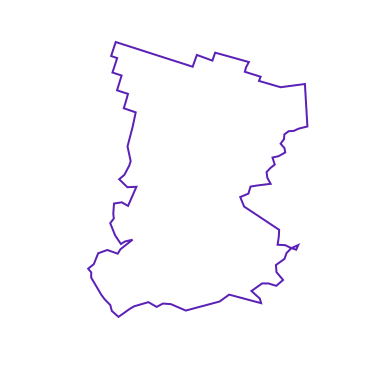 outline of Faxinal do Soturno, Rio Grande do Sul, Brazil, rotated 287°
{"feature_id": "56859067B83902745651897", "entity_name": "Faxinal do Soturno", "entity_type": "district", "adm_level": 2, "iso_a3": "BRA", "parent_name": "Brazil", "parent_adm1": "Rio Grande do Sul", "projection": "robinson", "projection_center": [-53.471, -29.558], "detail": "fine", "context": "isolated", "style": "outline", "palette": "violet", "viewbox_px": 384, "rotation_deg": 287, "n_neighbors": 0, "source": "geoboundaries", "source_scale": "gbopen_adm2", "svg_char_len": 1402}
<svg xmlns="http://www.w3.org/2000/svg" viewBox="0 0 384 384"><g transform="rotate(287 192 192)"><path d="M313.1,75.2L298.4,74.9L298.2,81.3L283.0,81.0L282.8,90.6L267.3,90.6L267.1,102.1L258.7,102.3L252.1,102.3L251.7,114.9L236.7,116.2L216.8,117.0L203.6,124.3L199.1,124.3L188.6,122.3L182.9,118.6L177.7,128.8L180.7,137.3L160.0,134.9L161.6,127.9L158.2,120.8L148.1,123.1L143.8,125.0L138.3,122.9L128.0,131.2L121.5,139.2L125.1,142.4L129.0,149.1L116.3,140.3L111.3,139.0L111.8,128.0L106.0,120.2L94.3,119.2L88.3,115.1L85.6,119.2L80.8,120.5L77.3,124.3L67.3,135.2L63.9,139.8L60.0,146.9L54.8,150.1L51.1,158.2L61.7,166.4L65.7,170.0L73.9,182.5L71.8,191.8L76.8,196.8L78.6,204.6L76.8,220.7L95.4,250.5L104.7,257.5L105.9,290.6L109.9,288.0L114.7,277.8L125.1,285.8L126.9,292.0L126.9,300.0L134.5,304.8L140.1,296.2L146.7,293.6L155.1,300.0L161.4,300.3L167.4,303.5L168.4,296.6L166.6,289.3L175.0,288.0L181.3,286.4L193.3,246.1L201.3,239.6L206.9,246.4L214.3,246.4L217.5,252.9L222.8,264.8L227.6,259.9L232.8,257.5L237.8,259.9L242.4,263.1L248.5,258.9L251.5,264.2L257.1,269.6L261.0,267.6L264.1,262.6L269.4,264.5L274.1,263.5L278.4,266.7L280.2,271.5L283.6,275.2L288.4,283.2L328.3,268.4L318.1,246.1L317.8,223.6L322.3,223.9L322.4,207.4L326.9,207.2L332.9,208.4L332.4,187.8L332.0,173.4L323.6,173.1L324.5,156.6L312.0,156.0L313.1,75.2ZM167.4,303.5L167.3,308.5L172.3,309.1L167.4,303.5Z" fill="none" stroke="#5b21b6" stroke-width="2"/></g></svg>